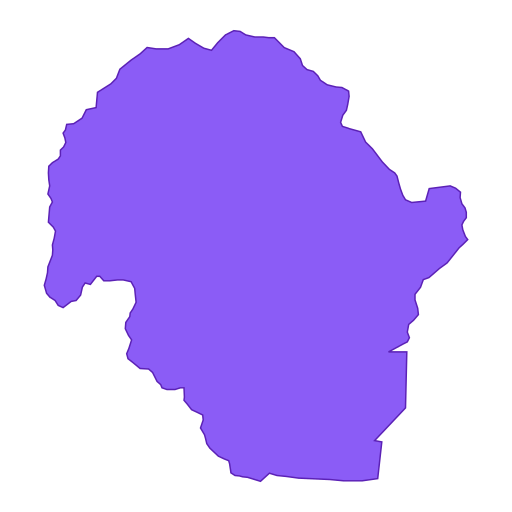 Kuala Pilah, Negeri Sembilan, Malaysia (Mercator projection)
{"feature_id": "92858781B70284069917848", "entity_name": "Kuala Pilah", "entity_type": "district", "adm_level": 2, "iso_a3": "MYS", "parent_name": "Malaysia", "parent_adm1": "Negeri Sembilan", "projection": "mercator", "projection_center": [102.206, 2.725], "detail": "fine", "context": "isolated", "style": "filled", "palette": "violet", "viewbox_px": 512, "rotation_deg": 0, "n_neighbors": 0, "source": "geoboundaries", "source_scale": "gbopen_adm2", "svg_char_len": 2483}
<svg xmlns="http://www.w3.org/2000/svg" viewBox="0 0 512 512"><path d="M66.7,124.4L65.4,130.0L63.1,133.1L64.9,138.0L65.8,142.5L63.6,147.0L60.4,150.1L60.4,155.9L58.2,159.1L52.4,162.7L48.8,166.2L48.4,172.9L48.8,179.7L49.7,185.9L47.9,194.0L51.0,198.5L52.4,202.0L49.7,207.0L48.4,222.2L53.3,227.1L55.5,231.1L54.2,238.3L52.4,245.0L52.8,249.9L52.4,255.3L47.9,266.9L47.5,272.7L46.1,279.0L44.3,285.3L46.6,293.3L50.1,297.4L50.3,297.4L55.1,300.5L58.2,305.4L63.1,307.6L71.2,301.4L76.1,300.5L80.6,295.1L82.4,287.1L85.1,283.0L90.4,284.4L96.7,276.3L99.8,276.3L103.8,280.8L109.7,280.8L117.7,279.9L123.1,279.9L131.1,281.7L134.7,288.4L135.2,293.8L136.1,302.3L132.9,309.0L130.2,313.0L129.8,316.6L125.8,322.4L125.3,328.7L128.5,335.4L131.6,339.9L128.9,348.4L126.7,353.7L128.0,358.7L132.5,362.2L140.1,368.5L148.6,369.0L152.6,372.5L157.1,381.5L160.7,384.6L162.0,387.8L166.9,389.5L175.0,389.5L180.4,387.8L184.0,387.8L184.4,397.1L184.0,400.3L187.1,403.9L191.6,409.7L197.4,412.4L202.7,415.0L203.2,420.0L200.5,428.0L204.5,434.7L205.4,437.9L206.8,443.7L209.9,448.2L218.4,456.2L224.2,458.9L228.7,460.7L229.6,463.8L230.8,471.7L230.9,472.8L235.0,475.5L239.4,475.9L242.6,476.8L247.5,477.3L260.5,481.3L269.4,473.2L277.0,475.5L286.0,476.4L298.5,478.1L329.8,479.5L343.7,480.8L354.0,480.8L362.1,480.8L377.7,478.6L381.8,441.9L374.6,440.6L405.5,407.9L406.8,351.9L388.5,351.9L403.1,344.0L407.3,341.9L409.4,337.7L407.3,332.1L408.7,324.4L413.6,320.2L418.4,314.6L417.7,308.3L415.0,299.9L415.0,294.3L420.5,287.3L423.3,279.6L428.9,277.6L433.8,273.4L439.4,268.5L447.1,262.9L452.7,255.9L459.2,247.7L462.8,244.5L467.7,239.6L465.4,236.5L462.8,229.8L461.9,224.9L463.6,221.3L466.3,217.7L466.3,212.3L465.0,207.9L461.9,203.8L460.1,197.6L460.5,192.2L455.6,188.2L450.2,185.9L429.2,188.6L425.6,201.1L411.7,202.5L405.5,199.8L402.8,195.3L400.5,189.1L398.8,183.2L397.0,176.1L394.7,172.9L389.4,169.4L382.2,161.8L372.4,148.8L365.6,142.1L360.7,131.8L349.1,128.6L348.2,128.2L342.4,126.4L340.6,122.4L342.8,115.2L346.4,110.3L347.7,104.5L349.1,96.4L348.6,91.1L341.9,87.5L336.1,87.0L327.2,84.8L320.4,80.3L317.8,75.8L313.3,71.4L307.0,69.6L302.5,65.5L300.3,58.8L294.0,51.7L284.2,47.6L274.4,37.7L268.8,37.7L263.2,37.0L254.8,37.0L245.7,34.9L240.1,31.4L233.8,30.7L225.5,34.9L217.8,42.6L211.5,50.3L203.8,48.2L195.4,43.3L188.4,38.4L179.3,44.7L168.1,48.9L156.2,48.9L147.1,47.5L140.2,53.8L131.1,60.1L119.9,69.2L116.4,78.3L110.8,83.9L97.5,92.3L96.1,107.6L86.3,109.7L82.1,118.1L73.7,123.7L66.7,124.4Z" fill="#8b5cf6" stroke="#5b21b6" stroke-width="1.5"/></svg>